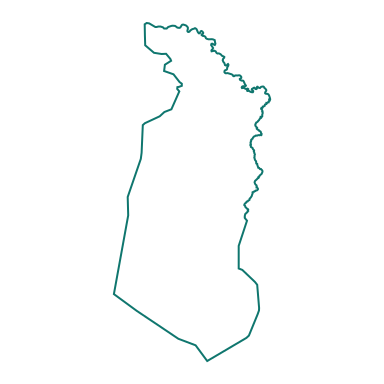 the district of Kala Balge, Borno, Nigeria
{"feature_id": "59680162B27876975276040", "entity_name": "Kala Balge", "entity_type": "district", "adm_level": 2, "iso_a3": "NGA", "parent_name": "Nigeria", "parent_adm1": "Borno", "projection": "albers", "projection_center": [14.602, 11.905], "detail": "fine", "context": "isolated", "style": "outline", "palette": "teal", "viewbox_px": 384, "rotation_deg": 0, "n_neighbors": 0, "source": "geoboundaries", "source_scale": "gbopen_adm2", "svg_char_len": 5837}
<svg xmlns="http://www.w3.org/2000/svg" viewBox="0 0 384 384"><path d="M128.2,215.4L113.9,294.1L136.8,310.9L178.4,338.8L195.6,345.3L207.2,361.0L246.4,337.9L248.9,335.6L257.7,314.1L259.0,310.4L259.1,308.0L257.2,284.8L255.0,282.0L242.3,269.9L238.7,268.5L238.7,245.9L247.0,220.7L244.8,218.0L244.7,217.6L244.9,217.0L244.7,216.3L245.2,214.1L245.4,213.9L246.0,213.4L246.5,212.7L247.0,212.5L247.3,212.3L247.5,211.8L247.5,211.4L247.7,211.2L248.1,211.0L247.8,210.0L248.2,209.7L248.0,209.2L247.0,208.6L246.1,207.7L245.7,207.4L245.3,206.8L245.3,206.4L245.1,205.9L244.8,205.6L244.3,205.2L244.3,204.8L244.5,204.2L245.1,203.4L245.6,203.0L246.1,202.7L246.4,202.2L246.5,201.8L246.7,201.6L246.9,201.5L247.4,201.5L247.7,201.4L248.2,200.6L249.1,200.2L249.5,199.9L249.6,199.2L249.6,198.7L250.7,197.6L251.7,196.1L252.1,194.7L252.3,194.3L252.4,193.9L252.7,193.3L252.7,193.0L252.5,192.5L252.5,192.3L253.8,191.6L254.2,191.7L254.6,191.3L255.2,191.1L255.4,190.7L255.5,190.6L256.5,190.5L256.8,190.4L257.3,190.1L257.9,189.4L258.0,189.0L257.8,188.4L257.1,187.7L257.1,187.3L256.8,187.0L256.5,187.1L256.5,186.7L256.7,186.4L256.6,185.6L256.4,185.2L255.8,184.8L255.3,184.2L254.6,182.5L254.6,182.1L255.0,181.1L255.2,180.7L255.9,180.2L256.3,179.7L256.9,179.3L257.6,178.3L257.8,178.2L258.4,178.1L258.5,177.8L258.3,177.3L258.3,177.1L258.6,176.9L259.2,176.8L259.4,176.4L259.5,175.7L261.6,173.9L262.3,172.3L262.5,171.4L262.4,170.8L262.2,170.4L261.8,169.9L261.4,169.6L261.1,169.1L260.5,169.0L260.1,169.1L259.8,168.9L259.2,167.9L258.3,167.8L257.3,164.9L257.2,163.9L256.4,163.6L256.2,163.2L256.2,162.2L256.1,161.8L256.1,161.3L255.1,160.1L254.8,159.3L254.7,158.6L254.3,157.7L254.3,157.4L254.6,156.9L254.5,155.7L254.9,154.4L254.7,153.9L254.3,153.2L254.3,152.4L253.8,151.6L253.8,151.4L254.1,150.8L254.1,150.4L253.9,150.1L253.1,149.4L252.8,148.8L252.7,148.3L252.4,147.8L251.2,147.2L250.9,147.0L250.8,146.8L250.9,146.0L250.9,145.7L250.6,145.3L250.3,145.1L250.3,144.9L250.5,144.6L250.9,144.5L251.0,144.3L250.9,144.0L250.6,143.5L250.5,142.6L251.0,141.8L250.8,141.2L251.3,140.6L251.2,139.8L251.9,139.1L252.6,138.7L252.9,137.8L253.7,136.8L254.0,136.5L254.9,136.2L255.6,135.6L256.1,135.7L256.7,135.5L257.2,135.6L258.1,135.2L259.2,135.1L259.8,135.3L260.7,134.9L261.2,135.0L261.3,134.9L261.4,135.0L261.5,134.9L261.6,133.8L260.9,133.0L260.9,132.2L260.4,131.4L259.2,130.9L258.7,130.0L257.6,129.6L256.8,128.8L256.7,128.7L256.7,128.4L257.2,128.0L257.2,127.8L257.1,127.6L256.5,127.3L255.9,126.3L255.4,125.8L255.3,125.3L255.3,124.5L255.6,124.1L255.6,123.7L255.9,123.1L256.1,123.0L256.3,122.5L257.0,122.2L257.6,121.7L258.0,121.3L258.2,120.8L258.9,120.3L259.7,118.9L260.0,118.6L260.9,118.1L261.2,117.7L261.3,117.6L261.2,117.4L260.8,117.3L260.5,117.2L260.6,116.8L261.4,116.8L262.2,116.4L262.3,116.2L262.2,114.7L262.5,113.9L262.7,113.0L262.6,112.0L262.2,111.7L262.5,111.2L262.4,110.8L261.8,109.4L261.3,109.2L261.1,108.5L261.5,107.8L262.0,107.9L262.4,107.9L262.6,107.4L262.9,107.0L262.9,106.6L263.5,106.6L263.9,106.2L264.7,105.8L264.7,105.2L265.0,104.5L266.3,104.1L266.3,103.7L266.4,103.3L266.4,102.9L266.8,102.9L267.2,103.0L267.4,102.9L267.9,102.4L268.6,102.3L268.5,101.6L269.0,101.0L269.6,100.9L269.9,100.2L269.3,99.8L269.1,99.4L269.3,99.0L270.1,98.8L269.9,97.9L269.1,95.5L268.5,94.5L268.0,94.1L267.1,93.8L266.3,93.8L265.5,93.6L265.1,93.2L265.1,92.8L265.6,91.5L266.0,91.1L266.2,90.8L266.3,90.4L266.2,89.8L265.2,88.5L264.5,88.1L264.0,87.1L263.5,86.6L262.8,86.5L261.2,86.8L260.7,87.2L260.0,88.0L259.2,87.9L258.3,87.6L257.7,86.8L257.3,86.7L257.0,87.0L256.9,87.4L257.0,88.0L256.9,88.6L256.3,89.1L255.4,89.0L254.8,87.9L254.4,87.7L254.1,87.7L253.4,88.0L252.9,88.5L252.0,88.9L251.8,89.4L251.8,89.8L252.2,90.2L252.7,90.5L253.2,91.0L253.2,91.4L253.1,91.8L252.9,92.2L252.3,92.3L251.3,92.1L250.4,91.8L248.9,90.8L247.5,91.0L247.1,90.7L247.4,90.1L247.9,89.9L248.2,89.4L248.2,89.0L247.6,88.6L246.3,89.0L245.3,88.8L244.8,88.4L243.9,87.9L243.5,87.9L242.0,88.1L241.8,87.8L241.7,87.4L241.9,86.9L242.3,86.5L243.1,86.2L243.6,86.2L244.3,86.5L245.1,86.3L245.7,86.0L245.9,85.6L245.6,85.1L245.0,84.4L243.8,81.6L243.3,80.8L242.6,80.6L241.5,80.6L240.1,79.9L239.8,79.3L239.8,78.9L241.0,78.2L241.3,77.8L241.3,77.3L241.2,76.7L240.3,75.7L239.5,75.3L238.8,75.3L237.6,75.5L235.8,75.4L235.0,75.5L234.7,75.9L234.1,76.2L233.6,76.2L233.1,75.9L232.9,75.2L232.3,74.7L231.3,74.2L227.6,73.1L225.8,73.3L225.1,73.0L224.4,72.1L224.5,71.1L224.8,70.5L226.6,69.7L227.1,69.0L227.2,67.5L228.3,65.7L228.4,64.5L228.0,64.0L227.5,64.3L227.0,65.2L225.9,65.5L225.0,65.1L224.4,63.1L223.3,61.8L222.7,60.2L223.2,58.7L224.2,57.7L224.3,56.9L223.5,56.4L222.0,55.8L220.9,54.5L219.8,53.8L218.8,53.4L217.4,53.5L216.6,53.0L215.6,51.3L214.2,50.7L213.2,51.0L211.6,51.3L211.4,50.7L211.7,49.9L212.5,49.2L213.1,48.0L211.1,45.0L211.5,43.8L212.5,43.7L213.4,44.3L214.0,44.7L214.8,45.0L215.2,44.3L215.4,43.4L215.1,42.6L214.7,40.1L212.8,39.3L211.6,39.2L208.5,39.3L206.8,38.8L205.9,38.2L205.5,37.0L204.6,36.2L202.6,35.8L201.6,35.0L201.7,34.3L202.5,34.2L203.1,33.5L203.2,32.7L202.4,31.5L201.4,31.0L200.7,31.3L199.7,33.2L199.3,33.3L199.0,33.4L198.7,33.2L197.9,32.2L197.3,30.9L197.2,30.5L196.4,29.0L195.4,28.3L194.9,28.2L194.0,28.7L192.8,29.0L192.0,29.3L190.2,30.6L189.7,31.4L189.2,31.8L188.5,32.0L188.0,31.9L187.5,31.4L187.4,30.8L187.5,30.1L187.8,29.3L187.9,27.7L187.4,26.8L186.2,25.6L185.3,25.2L183.4,24.6L182.3,24.7L181.8,25.1L180.3,27.5L179.2,27.9L177.3,27.6L176.2,26.7L175.0,25.9L172.7,25.7L171.4,25.9L168.2,27.0L166.7,28.5L164.1,28.5L162.9,27.3L160.4,26.5L158.5,26.5L156.6,27.0L155.3,27.0L149.2,23.4L146.7,23.0L144.7,24.3L144.9,35.4L145.2,45.3L154.0,52.8L161.6,54.0L166.1,53.8L170.4,59.0L171.1,60.8L164.9,64.7L164.1,71.0L173.5,74.3L179.6,82.1L181.8,83.7L181.8,85.8L178.9,86.9L177.4,87.1L177.2,88.9L179.3,91.4L171.4,109.3L164.4,112.0L159.7,116.3L144.9,123.2L142.8,125.1L141.6,152.8L140.8,158.9L127.7,197.0L128.2,215.4Z" fill="none" stroke="#0f766e" stroke-width="2"/></svg>